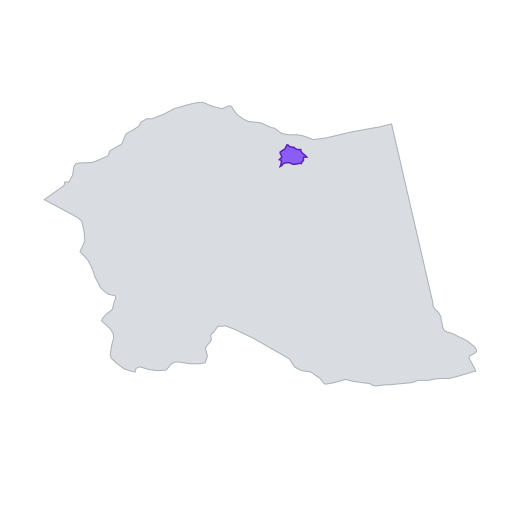 Bugiri highlighted on a map of Uganda, rotated 257°
{"feature_id": "UGA-3117", "entity_name": "Bugiri", "entity_type": "District", "adm_level": 1, "iso_a3": "UGA", "parent_name": "Uganda", "parent_adm1": "", "projection": "robinson", "projection_center": [33.743, 0.527], "detail": "fine", "context": "in_parent", "style": "filled", "palette": "violet", "viewbox_px": 512, "rotation_deg": 257, "n_neighbors": 0, "source": "natural_earth", "source_scale": "10m", "svg_char_len": 2810}
<svg xmlns="http://www.w3.org/2000/svg" viewBox="0 0 512 512"><g transform="rotate(257 256 256)"><path d="M354.2,417.8L347.6,417.8L336.9,417.8L326.2,417.8L315.6,417.8L304.9,417.8L294.2,417.8L283.5,417.8L272.8,417.8L262.1,417.8L251.4,417.8L240.8,417.8L230.1,417.8L219.4,417.8L208.7,417.8L198.0,417.8L187.3,417.8L176.7,417.8L170.3,417.8L169.1,417.6L168.2,417.3L164.2,418.2L160.0,421.1L155.6,422.4L150.8,421.9L150.2,422.2L147.8,422.1L144.4,421.9L141.2,422.7L138.8,425.3L136.4,429.8L132.0,434.9L128.6,439.5L125.7,442.7L119.0,448.1L115.4,449.6L113.6,449.4L112.5,448.4L110.4,441.6L109.1,440.5L96.1,444.0L94.2,444.0L94.4,441.9L93.4,425.9L93.2,416.1L94.9,410.0L95.9,402.9L96.0,396.6L98.4,386.0L97.5,379.7L100.5,357.3L101.3,353.7L102.5,342.9L104.5,339.6L106.2,338.3L108.4,331.6L112.6,321.1L115.6,315.6L115.0,303.7L115.4,295.6L116.1,293.8L122.4,290.8L130.6,283.3L134.0,274.5L138.9,268.9L148.3,265.3L176.3,235.1L189.3,218.8L194.9,210.4L195.1,207.5L196.2,203.5L193.9,200.5L191.2,197.7L190.3,195.1L188.0,193.8L184.7,193.9L182.5,192.0L180.0,188.3L177.5,186.0L169.5,186.2L163.4,182.5L163.5,177.4L165.9,167.3L170.5,155.8L170.8,152.7L170.1,149.9L169.0,147.6L166.9,145.3L165.0,142.6L166.5,134.3L169.4,126.2L171.8,122.1L174.2,117.6L173.5,113.9L170.1,112.0L171.9,108.4L175.6,102.3L182.7,96.1L189.0,91.9L193.1,91.9L201.3,95.2L208.6,99.1L212.7,99.3L217.6,97.7L227.7,90.8L230.2,93.0L233.1,97.2L236.4,104.1L242.7,107.2L245.8,109.4L248.0,110.0L249.2,109.5L251.7,104.0L254.6,101.1L260.0,97.4L272.0,94.4L280.5,93.5L284.1,92.8L290.2,91.1L299.8,85.5L309.2,92.7L319.4,94.1L329.3,94.0L332.3,91.8L334.1,90.2L344.5,78.4L358.5,62.4L367.9,84.9L371.1,86.2L370.7,88.2L369.9,90.1L376.0,95.5L383.6,98.4L386.3,101.1L386.5,104.2L384.0,117.3L384.4,121.1L386.9,134.3L391.4,137.3L395.4,150.5L403.4,156.2L404.6,157.8L406.4,164.2L408.9,171.3L410.8,172.9L412.0,173.3L414.4,180.8L413.0,185.0L414.9,197.8L417.9,209.2L418.7,222.9L418.8,228.9L418.7,232.6L418.0,237.7L416.5,240.7L414.0,243.7L411.1,248.3L408.6,253.2L407.1,255.6L408.3,263.0L408.0,264.9L407.3,265.8L403.7,266.9L399.0,268.9L396.2,270.9L392.2,274.6L388.9,278.7L384.7,290.6L377.6,299.8L376.4,302.9L369.7,308.4L366.7,315.2L364.8,323.6L362.2,329.5L356.6,337.8L355.3,350.7L355.4,376.7L354.0,406.2L354.2,417.8Z" fill="#d9dde1" stroke="#a8b0b8" stroke-width="1"/><path d="M336.5,318.0L336.5,315.4L337.0,312.7L338.5,310.8L339.6,308.8L340.1,306.0L339.9,303.3L338.3,301.5L337.8,299.7L339.7,300.9L341.7,301.8L343.5,302.1L344.6,300.4L346.5,303.4L348.3,303.3L350.2,302.7L351.0,302.7L351.9,303.0L352.9,305.5L353.7,308.2L357.4,311.2L356.9,312.3L355.8,312.6L353.7,315.8L353.5,317.3L351.5,318.7L350.3,320.6L349.7,323.5L347.8,323.4L345.8,324.3L343.7,326.0L341.0,327.7L341.6,324.5L338.4,323.7L337.2,321.9L335.8,320.9L336.5,319.5L336.5,318.7L336.5,318.0Z" fill="#8b5cf6" stroke="#5b21b6" stroke-width="1.5"/></g></svg>